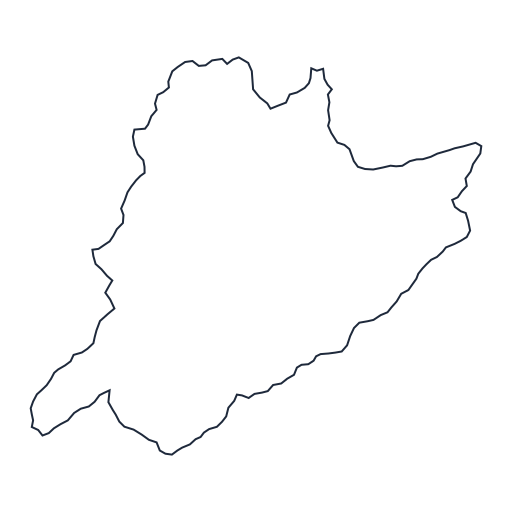 Monteiro Lobato, São Paulo, Brazil
{"feature_id": "56859067B72883060414156", "entity_name": "Monteiro Lobato", "entity_type": "district", "adm_level": 2, "iso_a3": "BRA", "parent_name": "Brazil", "parent_adm1": "São Paulo", "projection": "mercator", "projection_center": [-45.807, -22.938], "detail": "fine", "context": "isolated", "style": "outline", "palette": "slate", "viewbox_px": 512, "rotation_deg": 0, "n_neighbors": 0, "source": "geoboundaries", "source_scale": "gbopen_adm2", "svg_char_len": 2582}
<svg xmlns="http://www.w3.org/2000/svg" viewBox="0 0 512 512"><path d="M132.9,136.7L134.4,145.7L137.7,154.2L143.3,160.3L144.5,166.8L144.6,172.9L140.4,175.9L136.1,180.3L131.2,186.6L127.5,192.3L124.6,200.6L121.1,208.6L123.5,215.0L122.9,223.0L116.8,229.2L113.3,235.9L109.7,241.3L103.6,245.4L98.5,248.9L92.4,249.7L93.4,256.3L95.6,264.0L101.4,269.2L107.0,275.8L112.3,280.5L109.4,285.3L105.3,292.7L110.2,299.5L114.4,308.5L107.7,314.1L100.0,321.0L96.5,330.3L94.7,337.1L93.4,343.2L87.3,348.9L81.9,352.5L73.6,354.9L70.6,361.3L65.1,365.4L58.2,369.4L54.2,372.8L51.0,378.9L46.7,385.2L41.4,390.3L36.9,394.3L33.1,401.5L30.7,408.3L31.8,414.3L33.1,420.4L31.8,427.0L38.2,430.0L42.5,435.5L48.8,433.1L53.9,428.3L60.5,424.2L67.8,420.4L74.2,412.9L80.8,408.7L88.8,406.5L94.6,401.8L99.5,395.2L104.0,392.9L109.6,390.3L108.4,402.2L112.8,410.0L115.7,414.6L119.3,421.6L124.4,426.7L133.6,429.6L141.7,434.6L148.9,439.8L156.6,442.4L159.8,450.5L165.4,453.7L171.9,454.6L177.4,450.5L182.2,447.6L189.9,444.4L195.6,439.2L200.6,437.0L203.9,432.6L209.1,429.1L216.9,426.8L222.0,421.8L226.2,416.4L228.4,407.7L234.2,400.9L236.9,394.6L242.0,395.4L248.6,398.0L254.5,393.9L262.0,392.6L267.8,391.1L273.1,385.0L281.2,383.5L287.2,378.7L294.0,374.8L296.9,367.6L301.5,364.8L308.3,364.2L313.6,360.7L316.1,356.3L320.6,354.1L328.4,353.5L335.3,352.6L341.7,351.5L347.1,345.3L350.2,336.0L354.0,328.0L359.3,322.7L367.8,321.2L373.5,319.9L380.7,315.1L387.5,312.3L391.4,307.4L396.7,301.4L401.2,293.8L408.4,290.0L416.4,278.7L418.3,273.7L422.6,268.3L426.5,264.2L431.1,259.8L436.9,257.0L442.8,251.5L445.9,247.4L454.6,243.9L460.9,240.7L466.8,237.0L470.1,230.6L468.1,220.8L465.7,213.0L460.7,211.2L454.9,206.9L452.2,199.9L457.7,197.3L461.9,191.2L466.8,186.0L465.5,178.5L470.6,171.6L473.0,164.2L480.3,153.5L481.3,146.1L475.6,142.8L463.1,146.4L454.6,148.3L449.5,150.1L437.4,153.6L430.8,156.8L422.8,159.2L416.7,159.4L409.7,161.2L402.3,165.8L396.1,166.3L390.5,165.7L382.9,167.5L373.2,169.5L365.0,169.0L357.9,166.8L353.8,161.1L349.5,149.2L344.4,144.9L337.4,142.6L331.3,133.0L328.1,125.8L329.6,120.2L328.1,110.2L329.4,102.3L327.9,94.5L331.8,89.3L327.6,84.7L324.4,78.9L323.1,68.8L316.9,70.7L311.3,68.3L310.5,78.1L308.9,83.2L304.7,87.9L296.9,92.5L289.7,94.5L286.0,102.6L278.2,105.6L270.5,108.7L267.3,103.4L259.8,97.5L253.1,89.3L251.8,71.1L248.2,62.9L238.8,57.4L232.7,59.6L227.1,63.9L222.3,58.9L212.1,60.4L205.6,65.3L198.8,65.9L192.5,61.0L185.1,62.0L177.7,67.0L172.3,71.3L168.3,81.6L168.9,87.5L163.2,92.2L157.6,94.9L155.0,103.6L156.6,109.9L151.3,116.2L148.1,124.6L145.0,128.7L134.4,129.6L132.9,136.7Z" fill="none" stroke="#1e293b" stroke-width="2"/></svg>